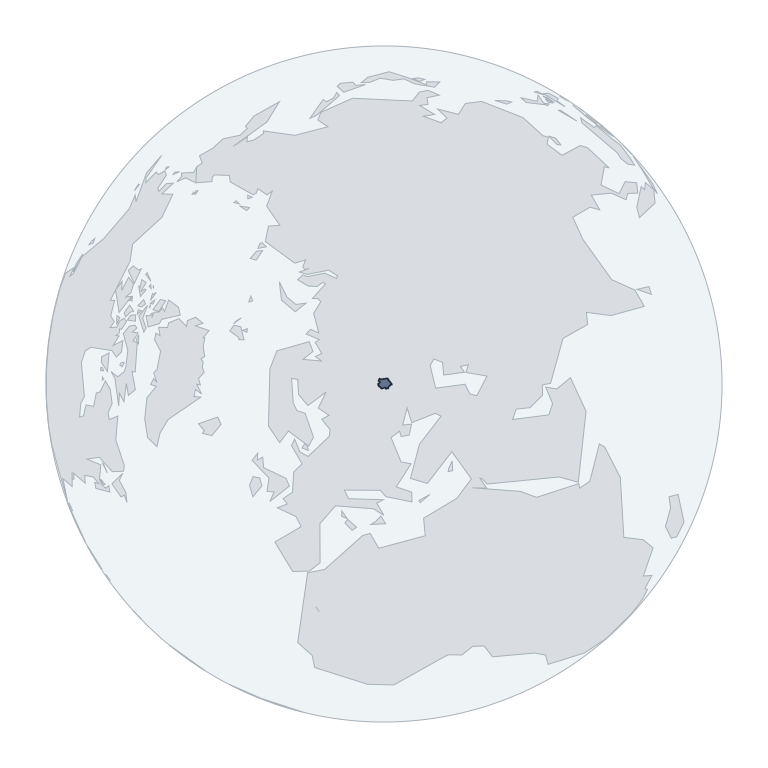 globe centered on Tambov, rotated 300°
{"feature_id": "RUS-2375", "entity_name": "Tambov", "entity_type": "Region", "adm_level": 1, "iso_a3": "RUS", "parent_name": "Russia", "parent_adm1": "", "projection": "orthographic", "projection_center": [41.398, 52.709], "detail": "fine", "context": "on_globe", "style": "filled", "palette": "slate", "viewbox_px": 768, "rotation_deg": 300, "n_neighbors": 0, "source": "natural_earth", "source_scale": "10m", "svg_char_len": 13484}
<svg xmlns="http://www.w3.org/2000/svg" viewBox="0 0 768 768"><g transform="rotate(300 384 384)"><circle cx="384" cy="384" r="338" fill="#eef3f6" stroke="#a8b0b8"/><path d="M303.7,55.7L320.8,52.8L329.8,57.4L320.5,58.1L323.8,59.7L335.6,59.3L342.7,58.7L369.9,68.6L408.3,75.8L423.3,74.0L417.8,78.1L448.1,72.8L470.8,77.1L443.4,75.0L439.2,77.0L453.7,80.8L452.5,83.8L458.9,87.6L456.2,91.1L440.4,90.3L438.3,92.7L448.7,95.4L452.6,101.1L437.6,96.7L442.8,106.3L417.3,108.3L379.5,96.3L363.5,102.7L319.6,105.2L321.7,108.9L306.4,113.2L303.1,119.2L295.9,118.6L299.6,124.1L306.8,123.6L310.8,126.0L309.6,129.8L300.1,129.3L299.4,127.4L296.0,129.3L291.8,127.6L293.2,130.6L281.9,130.1L291.1,136.2L280.5,140.6L273.5,138.8L276.9,131.6L269.1,111.6L263.1,108.7L251.2,111.2L223.3,130.8L215.6,131.1L203.1,136.9L206.1,139.7L216.9,136.4L219.4,143.7L232.3,139.4L235.2,142.0L247.4,141.2L242.6,149.5L231.3,158.2L221.0,159.6L215.7,163.8L223.2,169.5L201.6,179.6L183.5,199.9L178.2,202.0L172.2,192.5L178.2,174.1L170.4,164.3L172.4,179.2L159.2,185.3L155.7,190.2L154.7,195.2L158.5,196.4L153.4,200.6L149.5,186.8L154.1,182.7L155.3,186.9L158.0,178.6L155.3,170.5L148.8,174.8L151.5,159.8L146.9,163.0L145.0,161.9L152.1,157.7L139.3,165.2L141.5,153.2L124.1,168.7L144.4,147.8L153.7,138.3L163.5,128.7L160.6,130.8L177.4,116.7L180.3,114.3L202.9,98.7L226.7,84.9L251.6,73.1L277.3,63.4L303.7,55.7ZM62.3,280.5L60.8,285.3L62.3,280.5ZM50.6,329.1L47.4,356.3L46.3,371.4L46.3,372.0L50.6,329.1ZM46.5,400.1L50.3,434.5L56.7,465.4L59.4,477.9L59.3,477.5L53.0,452.1L48.7,426.2L46.5,400.1ZM106.0,191.9L105.6,192.4L112.2,183.2L123.0,169.4L123.8,168.4L120.5,172.6L98.1,204.2L104.7,193.7L106.0,191.9ZM120.2,175.0L123.8,170.4L120.9,174.4L120.2,175.0ZM346.0,58.1L336.0,59.0L325.7,58.7L334.2,57.4L346.0,58.1ZM365.4,60.8L360.4,61.7L357.2,58.8L361.1,59.2L365.4,60.8ZM434.3,72.5L426.4,71.1L434.5,71.5L434.3,72.5ZM460.2,87.5L462.8,87.1L465.0,89.3L460.2,87.5ZM249.2,136.8L248.2,138.9L246.5,138.0L249.2,136.8ZM255.3,134.6L253.9,131.9L256.6,130.5L257.4,132.1L255.3,134.6ZM462.9,96.8L465.6,100.9L460.1,96.6L462.9,96.8ZM256.5,138.2L261.6,128.3L266.4,125.9L273.5,130.4L256.5,138.2ZM465.4,103.1L472.1,113.5L478.5,113.2L464.2,120.5L463.2,108.9L455.5,103.5L462.4,105.1L465.4,103.1ZM309.6,121.9L301.9,122.6L309.5,118.6L309.6,121.9ZM313.5,118.8L331.2,104.5L342.0,105.8L333.9,110.1L348.8,109.5L345.4,117.1L336.5,119.1L330.1,116.7L333.7,121.6L313.5,118.8ZM455.2,123.2L454.5,125.9L452.3,123.0L455.2,123.2ZM313.0,126.7L315.6,123.5L325.2,124.3L321.7,130.9L319.7,128.5L313.0,126.7ZM354.4,105.8L360.9,107.8L360.0,114.4L362.4,116.2L346.3,117.4L354.4,105.8ZM316.9,130.2L319.7,134.3L314.1,137.4L311.1,129.9L316.9,130.2ZM329.1,121.8L333.5,122.6L329.9,124.3L329.1,121.8ZM295.6,151.6L298.5,147.3L303.7,147.2L295.6,151.6ZM321.1,135.6L323.1,134.6L325.5,134.2L326.1,137.5L321.1,135.6ZM346.7,122.2L345.0,124.6L353.3,122.0L352.9,127.2L342.2,127.1L346.6,129.3L346.5,131.0L338.0,129.2L346.7,122.2ZM333.9,139.9L320.2,142.2L313.7,149.9L308.8,150.1L320.2,137.7L333.9,139.9ZM337.0,133.7L334.0,137.5L329.5,135.5L328.8,131.7L337.0,133.7ZM356.4,130.8L359.8,122.8L362.0,123.2L356.4,130.8ZM332.9,142.5L336.2,141.9L332.9,143.2L332.9,142.5ZM350.2,134.7L351.1,131.8L353.6,132.2L350.2,134.7ZM342.1,143.4L337.7,144.0L337.1,141.3L342.1,143.4ZM346.5,139.7L349.7,141.0L339.5,140.0L346.5,138.3L346.5,139.7ZM352.4,135.6L354.2,134.9L351.7,136.8L352.4,135.6ZM346.9,153.4L334.2,152.7L332.9,146.7L345.4,148.1L346.9,153.4ZM115.7,519.8L103.8,465.8L113.0,457.5L117.0,438.5L182.4,412.2L193.6,425.3L242.1,441.3L247.7,446.7L239.1,461.6L273.2,495.6L287.6,485.4L321.3,504.2L345.6,507.1L359.3,476.6L319.5,471.2L315.5,454.1L349.6,444.8L384.7,449.5L384.2,443.0L364.4,427.3L374.9,415.9L357.8,420.7L363.0,427.9L352.4,431.4L347.1,425.1L351.0,421.1L341.1,416.9L325.0,437.8L328.5,447.4L301.0,446.0L304.2,462.1L295.9,467.2L287.4,442.0L290.1,434.0L272.3,402.7L267.0,410.7L283.4,441.2L277.2,437.3L270.2,449.6L270.7,437.3L254.2,402.9L231.0,398.3L197.3,418.0L184.7,412.9L176.0,398.6L192.6,368.5L219.0,383.6L225.2,374.1L223.5,353.5L231.7,360.2L234.3,354.0L244.6,358.8L262.7,349.8L273.8,353.0L284.5,334.7L291.6,334.2L283.2,344.9L283.3,354.5L311.2,362.8L317.6,360.0L322.3,347.7L329.4,352.0L330.3,339.1L348.1,337.9L327.3,328.9L332.2,315.3L344.8,307.0L342.7,301.2L322.2,314.8L317.4,321.9L319.2,330.3L302.8,349.4L292.5,349.9L295.5,324.7L281.1,323.0L289.8,305.0L339.9,277.7L359.1,274.6L383.2,298.0L376.8,306.2L364.9,301.6L372.6,318.4L373.5,310.9L379.4,314.8L385.6,303.6L390.1,305.8L388.4,291.6L394.6,293.1L395.6,302.1L410.0,287.8L423.8,288.1L424.9,283.9L422.2,279.3L441.5,283.3L441.4,280.1L435.1,277.4L430.9,269.4L431.1,257.1L437.8,259.1L438.6,263.8L450.4,277.3L451.6,290.1L454.4,289.8L454.9,279.2L440.5,262.7L438.7,254.7L446.6,261.4L443.6,258.3L444.8,255.1L452.2,254.0L444.0,246.3L448.1,210.0L462.9,205.0L469.4,214.5L479.3,193.5L495.2,190.8L489.3,188.2L490.1,177.3L485.2,177.9L482.4,175.9L482.2,149.8L487.3,145.8L480.5,132.9L477.5,131.7L473.3,133.8L464.2,120.5L478.5,113.2L484.6,116.1L489.4,110.1L502.7,117.9L515.9,122.1L527.6,135.1L537.1,137.8L537.8,135.2L551.2,137.5L576.1,152.3L552.5,151.6L514.5,134.7L529.7,142.2L525.2,144.1L530.1,149.2L540.9,154.6L542.8,152.9L554.8,182.5L578.7,206.8L579.5,194.7L587.8,193.6L615.8,213.9L643.2,267.0L654.5,268.7L660.3,275.2L661.8,287.4L653.4,278.1L648.1,282.3L643.1,275.6L642.7,293.0L635.5,284.2L638.8,302.7L645.9,305.7L648.9,293.0L654.8,313.6L667.6,314.2L677.5,327.1L684.2,371.0L678.5,397.4L679.9,403.0L673.2,405.3L671.0,423.8L688.6,434.7L690.4,442.1L683.7,470.9L682.4,466.2L664.9,472.4L666.3,492.4L679.8,491.7L684.6,502.1L676.3,508.4L670.9,499.8L664.6,501.5L662.9,485.5L651.3,469.1L642.7,483.7L640.1,474.0L622.8,464.1L608.6,484.1L588.2,529.1L590.8,554.3L581.4,570.6L556.8,546.4L547.2,523.5L537.4,530.6L512.9,516.2L467.9,527.9L462.3,521.6L453.7,526.9L436.5,522.3L428.3,511.0L417.5,513.1L439.7,542.2L451.3,539.8L462.2,525.6L466.1,536.2L482.7,542.3L461.4,572.6L396.0,601.4L391.1,582.2L348.9,523.3L351.0,516.5L350.8,515.7L350.4,514.2L345.1,525.1L338.3,512.4L359.2,555.8L362.1,572.8L395.1,602.5L391.6,605.5L402.6,610.9L439.8,600.5L439.7,606.7L421.2,635.4L371.1,668.4L378.7,686.3L376.6,699.0L347.4,704.6L352.1,711.7L337.3,712.2L337.8,714.9L327.1,715.5L308.5,713.1L274.6,703.7L270.8,701.8L251.2,692.0L223.3,666.3L230.0,659.4L226.3,648.9L202.0,614.4L207.2,601.7L201.1,591.9L188.3,587.0L181.5,574.9L173.9,570.2L128.3,543.0L115.7,519.8ZM157.0,436.4L154.5,441.8L157.0,436.4ZM420.4,470.2L442.4,469.3L435.0,449.2L442.9,447.4L437.5,441.5L434.4,447.8L421.6,431.2L432.0,423.9L430.6,414.7L423.2,414.7L406.2,430.8L424.3,454.3L418.2,463.4L420.4,470.2ZM60.6,286.0L59.0,291.5L60.3,287.0L60.6,286.0ZM80.1,238.1L77.0,245.4L79.3,239.4L80.1,238.1ZM95.3,208.4L90.9,216.0L95.1,209.1L82.5,232.7L87.1,222.8L95.1,208.6L95.3,208.4ZM117.3,177.3L114.6,181.1L113.9,181.7L117.3,177.3ZM118.2,178.0L118.9,176.9L121.2,174.2L118.2,178.0ZM159.5,186.1L159.6,187.3L157.5,192.7L156.4,190.7L159.5,186.1ZM161.1,214.5L152.8,220.7L157.9,214.7L154.7,212.8L161.5,198.3L175.9,202.4L168.2,202.9L161.1,214.5ZM174.6,180.8L168.6,189.0L174.6,179.9L174.6,180.8ZM238.3,316.9L240.5,323.4L234.8,329.2L220.8,326.8L229.0,318.2L238.3,316.9ZM245.1,331.4L252.0,308.0L260.9,309.2L254.8,312.4L260.0,315.5L251.4,321.6L253.3,346.3L248.3,353.1L225.2,343.9L235.5,342.9L232.6,336.3L245.1,331.4ZM253.7,251.8L256.8,243.2L272.2,256.5L267.6,263.1L253.3,260.7L250.5,251.5L253.7,251.8ZM268.1,148.7L268.3,145.7L270.9,145.6L272.9,148.2L268.1,148.7ZM296.5,149.6L270.0,162.5L268.9,159.5L254.8,171.5L246.3,168.4L255.7,160.6L238.6,167.6L243.7,159.4L232.4,165.2L254.4,148.1L258.3,141.5L257.1,149.9L264.8,152.8L269.3,152.1L285.1,145.3L297.3,133.1L306.9,134.6L310.4,138.9L308.9,142.0L303.2,140.0L305.3,145.7L295.9,145.2L296.5,149.6ZM346.1,196.8L340.1,191.6L342.8,205.8L333.4,204.2L334.3,205.9L326.3,208.5L318.2,214.9L314.3,213.0L312.8,216.3L307.5,218.4L304.2,222.4L296.1,220.6L291.3,225.5L290.2,221.9L284.2,231.0L285.0,223.5L278.2,225.8L281.0,231.9L245.3,214.8L229.7,214.5L216.2,218.7L219.4,206.0L234.1,194.3L253.6,185.5L268.1,188.0L266.9,182.2L273.5,181.8L271.7,186.6L278.5,179.0L283.4,180.1L300.8,174.1L307.5,163.2L314.0,161.1L313.8,165.9L320.4,160.4L324.6,168.2L329.3,167.0L338.1,173.7L335.1,184.2L340.7,182.1L347.6,187.5L346.1,196.8ZM349.1,155.5L347.7,167.7L341.8,173.1L328.9,159.2L324.0,159.3L315.5,151.2L324.2,143.8L325.9,146.7L329.5,147.8L325.3,149.7L331.3,149.1L333.8,153.2L339.1,154.0L337.2,157.7L349.1,155.5ZM255.8,442.9L260.5,445.4L268.1,447.3L263.8,455.3L255.8,442.9ZM244.1,419.6L248.6,420.3L246.2,431.9L241.4,429.5L244.1,419.6ZM253.0,411.0L249.0,419.4L248.3,413.5L253.0,411.0ZM287.6,345.0L292.6,345.1L292.3,348.2L288.7,351.8L287.6,345.0ZM352.3,240.6L349.8,236.2L351.7,234.9L352.8,224.0L359.9,224.6L362.0,231.5L352.3,240.6ZM351.4,481.5L343.3,486.8L340.1,483.4L343.5,482.2L351.4,481.5ZM300.6,472.5L311.3,479.0L299.3,474.6L300.6,472.5ZM360.2,239.4L359.8,234.8L363.6,238.0L360.2,239.4ZM365.1,224.6L369.9,227.4L360.9,223.5L365.1,224.6ZM435.4,693.9L414.4,712.9L398.1,713.9L394.1,709.9L401.3,699.0L419.9,694.2L428.8,687.2L435.4,693.9ZM707.9,479.9L710.4,471.5L706.9,483.3L707.9,479.9ZM705.9,485.7L691.9,516.3L685.5,525.6L687.8,519.5L698.2,501.2L705.9,485.7ZM687.2,520.3L676.3,528.3L655.8,522.1L663.3,514.6L683.6,508.0L682.5,512.6L689.1,509.6L687.2,520.3ZM710.5,458.1L709.2,468.9L702.3,485.2L698.7,491.5L696.3,485.2L697.7,476.3L700.9,470.3L709.1,425.1L712.8,421.3L711.2,437.8L714.0,438.5L710.5,458.1ZM592.4,555.7L600.9,564.8L595.3,570.7L592.4,555.7ZM709.3,400.1L708.1,419.6L708.2,397.9L709.3,400.1ZM707.5,382.8L709.1,387.0L706.5,386.5L707.5,382.8ZM682.7,409.9L679.5,417.6L677.9,414.3L681.1,402.6L682.7,409.9ZM685.0,338.3L690.6,348.7L692.0,353.5L687.8,350.4L685.0,338.3ZM420.2,242.3L410.8,256.4L408.8,267.9L415.0,276.0L402.2,271.0L405.4,253.3L420.2,242.3ZM444.0,213.6L438.5,207.1L443.4,206.3L445.4,207.7L444.0,213.6ZM438.9,212.2L427.3,211.3L425.9,205.4L435.3,207.2L438.9,212.2ZM393.6,224.7L390.3,228.7L387.3,225.9L393.6,224.7ZM720.1,419.2L719.9,420.6L720.4,415.8L720.3,416.9L720.1,419.2ZM715.5,435.4L716.2,437.8L718.6,423.9L716.7,437.0L717.3,439.1L716.4,444.9L716.0,442.0L714.2,454.6L713.0,459.0L713.3,452.7L715.1,437.4L716.2,428.4L719.9,407.8L715.5,435.4ZM721.3,402.7L721.0,399.1L721.1,392.5L721.5,392.7L721.3,402.7ZM718.5,392.1L715.7,392.2L714.7,402.3L715.2,376.9L718.1,381.0L718.5,392.1ZM713.7,381.6L713.0,391.0L712.7,377.7L713.7,381.6ZM711.9,390.1L710.1,385.3L711.6,380.8L711.9,390.1ZM714.4,378.4L712.0,367.8L714.1,370.6L714.4,378.4ZM705.4,375.2L711.2,373.0L706.3,383.7L698.9,366.3L700.4,359.7L705.4,375.2ZM668.2,267.0L663.8,263.4L663.2,256.5L666.4,260.9L668.2,267.0ZM657.0,232.3L661.6,253.5L664.5,271.5L666.9,269.7L673.5,281.3L666.3,279.4L659.3,260.6L658.2,248.7L651.6,240.1L646.9,227.8L637.9,220.7L633.7,213.7L641.6,216.7L657.0,232.3ZM634.0,218.2L616.6,203.3L618.4,194.6L622.6,195.8L629.8,206.2L628.5,210.2L634.0,218.2ZM612.9,197.3L611.4,201.2L582.7,191.2L577.1,187.0L599.9,189.1L599.7,193.0L606.4,197.3L612.9,197.3ZM458.2,126.3L454.8,125.9L457.4,124.4L458.2,126.3ZM479.7,176.5L476.3,173.5L479.4,171.6L479.7,176.5ZM468.8,164.4L467.6,168.6L466.1,163.3L468.8,164.4ZM465.6,178.4L465.9,169.9L469.6,179.4L465.6,178.4Z" fill="#d9dde1" stroke="#a8b0b8" stroke-width="1"/><path d="M379.4,382.4L379.5,382.3L379.4,382.2L379.5,381.9L379.6,381.7L379.5,381.3L379.5,381.0L379.5,380.8L379.4,380.7L379.5,380.5L379.5,380.4L379.6,380.2L379.7,380.3L379.8,380.3L379.8,380.2L380.0,380.2L380.3,380.2L380.5,380.0L380.6,379.9L380.5,379.6L380.6,379.4L380.7,379.6L380.8,379.6L381.2,379.3L381.3,379.3L381.4,379.1L381.5,378.9L381.7,379.0L381.8,379.1L382.0,379.3L382.3,379.3L382.7,379.4L382.8,379.5L383.1,379.7L383.3,379.7L383.4,379.4L383.5,379.4L383.5,379.2L383.8,379.1L383.8,378.9L383.8,378.5L383.8,378.4L383.8,377.9L383.9,377.7L384.0,377.7L384.4,377.7L384.5,377.6L384.8,377.6L385.0,377.6L385.1,377.4L386.2,377.4L386.3,377.5L386.5,377.5L386.5,377.8L386.4,377.9L386.4,378.0L386.5,378.1L386.5,378.3L386.4,378.5L386.4,379.1L386.5,379.2L386.7,379.3L386.8,379.3L387.0,379.4L387.1,379.5L387.0,379.8L387.0,380.0L387.3,380.1L387.5,380.2L387.9,380.9L388.1,381.0L387.9,381.3L388.1,381.5L388.3,381.5L388.5,381.7L388.8,382.1L389.1,382.3L389.4,382.4L389.5,382.6L389.8,383.0L390.0,383.2L390.0,383.3L390.2,383.6L390.4,383.8L390.5,384.0L390.6,384.3L390.4,384.3L390.3,384.6L390.2,384.6L389.9,384.8L390.0,385.0L389.8,385.1L389.8,385.3L390.1,385.7L389.9,385.8L389.8,386.0L389.7,385.9L389.5,386.2L389.5,386.3L389.4,386.4L389.4,386.6L389.2,386.8L389.0,387.0L388.9,387.1L388.9,387.4L388.9,387.5L389.0,387.8L389.1,388.0L388.9,388.1L388.7,388.2L388.7,388.3L388.7,388.6L388.7,388.8L388.7,389.0L388.5,389.3L388.0,390.0L388.1,390.3L388.0,390.5L387.9,390.3L387.7,390.3L387.6,390.5L387.4,390.6L387.2,390.5L387.2,390.4L387.2,390.2L387.1,389.9L386.9,389.8L386.7,389.8L386.6,390.0L386.6,390.3L386.5,390.2L386.4,390.2L386.0,390.2L385.9,390.2L385.7,390.0L385.6,389.9L385.4,389.9L385.2,389.9L385.1,389.7L384.9,389.7L384.7,389.6L384.5,389.4L384.4,389.4L384.2,389.5L383.9,389.5L383.7,389.4L383.6,389.5L383.0,389.8L382.9,389.8L382.7,389.9L382.4,389.7L382.2,389.7L382.2,389.3L382.3,389.2L382.3,388.8L382.1,388.7L381.9,388.7L381.8,388.8L381.7,388.8L381.7,388.7L380.8,388.4L380.8,388.2L380.8,387.9L381.1,387.9L381.2,387.7L381.2,387.4L381.3,387.2L381.4,386.9L381.5,386.9L381.5,386.7L381.4,386.5L381.2,386.3L381.0,386.2L380.9,386.1L380.7,386.0L380.3,385.9L380.2,385.8L380.1,385.6L380.0,385.4L379.9,385.3L379.7,385.1L379.2,384.8L379.1,384.7L378.9,384.4L378.8,384.2L378.9,383.9L378.8,383.7L379.1,383.5L379.1,383.4L379.3,383.4L379.3,383.2L379.4,382.9L379.3,382.7L379.3,382.4L379.4,382.4Z" fill="#64748b" stroke="#1e293b" stroke-width="1.5"/></g></svg>